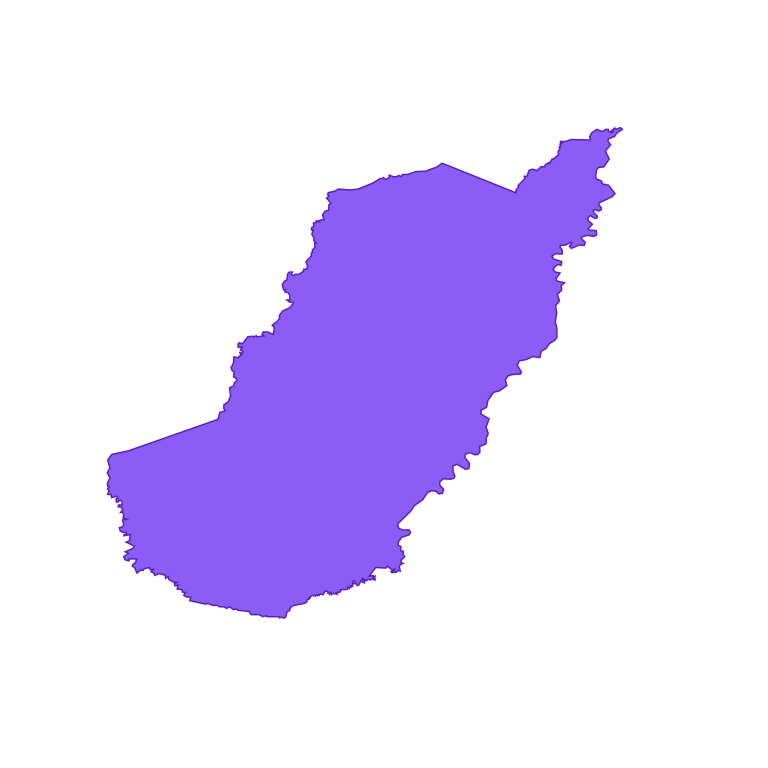 the district of Sabana De Torres, Santander, Colombia, rotated 75°
{"feature_id": "7082276B5396414457031", "entity_name": "Sabana De Torres", "entity_type": "district", "adm_level": 2, "iso_a3": "COL", "parent_name": "Colombia", "parent_adm1": "Santander", "projection": "natural_earth1", "projection_center": [-73.555, 7.427], "detail": "fine", "context": "isolated", "style": "filled", "palette": "violet", "viewbox_px": 768, "rotation_deg": 75, "n_neighbors": 0, "source": "geoboundaries", "source_scale": "gbopen_adm2", "svg_char_len": 6160}
<svg xmlns="http://www.w3.org/2000/svg" viewBox="0 0 768 768"><g transform="rotate(75 384 384)"><path d="M398.2,674.3L403.6,673.0L408.6,677.0L411.3,677.4L412.0,676.1L414.0,678.3L415.8,677.0L419.0,679.5L420.4,676.1L423.3,676.5L423.2,671.5L425.2,670.5L425.9,672.7L428.8,672.9L429.3,671.3L427.6,669.7L429.3,667.6L433.2,668.1L432.1,671.3L433.7,672.6L435.1,669.8L437.5,668.6L439.9,671.7L440.3,669.6L443.8,669.5L445.9,670.8L447.8,667.7L447.7,671.7L451.9,671.7L454.1,673.2L454.4,676.9L457.8,676.8L459.8,674.6L460.6,671.2L462.1,671.5L462.3,674.2L463.3,674.4L463.7,668.1L469.5,670.3L470.0,674.0L476.0,667.1L477.7,668.7L479.1,677.3L481.5,674.6L483.4,680.2L486.7,679.7L488.8,676.0L486.9,675.6L489.0,668.2L492.6,670.6L492.9,672.9L494.8,674.4L496.6,672.4L502.6,671.5L500.8,667.4L501.8,664.9L500.3,663.4L500.6,658.1L503.0,658.0L503.2,654.7L505.2,657.6L507.2,655.1L509.5,655.1L509.0,650.2L512.1,644.7L515.1,645.3L514.3,642.2L517.0,642.5L520.6,639.1L521.9,635.4L522.5,638.0L524.1,638.3L525.2,637.5L525.0,634.7L528.5,636.9L530.6,632.0L532.8,632.7L534.0,629.9L536.2,632.1L538.4,630.2L539.9,625.8L543.0,627.7L550.4,613.4L550.5,610.7L553.6,606.6L554.6,602.3L556.4,601.0L557.8,596.4L560.0,594.1L559.1,590.9L563.1,587.8L562.9,585.2L564.7,583.9L568.7,573.3L572.3,572.2L574.5,564.3L577.4,561.3L577.5,557.5L578.6,556.9L581.7,545.5L582.9,545.4L582.7,543.4L584.3,541.0L583.6,539.2L579.0,536.7L578.3,533.7L576.1,532.5L574.5,529.6L575.3,517.3L574.3,514.8L572.3,513.8L572.4,512.0L571.2,511.9L571.5,510.5L570.3,510.6L569.7,507.4L571.2,505.4L570.1,503.7L571.3,503.1L570.4,501.8L571.4,501.2L570.3,500.0L571.8,497.2L568.5,494.3L570.4,491.8L571.3,492.3L571.3,491.0L573.1,491.2L571.9,489.1L573.8,489.2L573.0,487.4L575.0,483.7L573.4,484.2L573.8,479.8L573.1,481.3L572.8,479.4L571.5,479.2L572.9,472.8L570.9,471.6L572.6,470.5L570.2,468.7L570.6,467.8L571.6,468.8L571.4,466.8L568.7,465.9L569.2,464.3L567.4,465.5L566.3,464.3L566.9,463.2L571.7,462.1L571.6,460.4L568.4,457.5L571.1,454.3L569.0,453.5L567.1,456.2L566.3,454.9L569.5,451.6L568.5,450.2L569.7,447.8L569.1,445.9L571.1,443.5L567.3,442.5L568.4,444.3L566.2,444.0L565.7,448.0L559.1,439.5L562.3,429.7L560.8,427.9L565.9,424.1L565.4,421.6L566.9,422.4L567.0,425.7L568.2,425.2L569.1,420.7L567.9,419.1L568.9,416.6L564.4,416.6L562.9,415.2L562.2,412.0L560.5,414.0L558.3,412.6L556.2,408.8L553.5,409.7L550.7,408.7L549.1,411.1L545.3,409.7L543.5,412.1L540.4,411.1L536.6,406.6L536.2,399.0L534.3,396.7L531.4,397.5L529.9,403.7L527.3,406.9L524.4,407.4L522.2,406.2L513.9,391.4L509.3,386.1L505.8,376.6L500.1,370.0L499.3,365.3L501.3,361.4L504.4,359.5L504.6,355.8L501.2,353.6L496.3,356.3L492.9,355.5L490.9,351.3L493.2,344.2L493.1,340.8L491.1,339.3L486.9,340.0L481.0,338.7L480.5,334.2L487.5,327.3L487.6,323.9L483.0,322.0L475.8,324.9L473.0,323.9L472.4,318.8L475.7,314.9L476.4,311.7L474.6,309.0L469.1,307.7L468.4,301.6L467.0,300.2L463.1,299.5L458.9,296.2L451.9,296.5L444.8,291.5L438.5,297.8L434.6,297.4L433.0,290.9L427.2,288.3L420.5,280.5L420.4,273.9L417.3,265.7L411.3,265.7L408.4,262.4L408.0,258.3L409.7,249.3L407.6,248.3L400.3,250.4L396.6,247.4L397.2,240.7L396.0,233.0L398.8,226.7L392.9,223.5L391.8,218.5L387.8,213.8L385.9,207.6L383.6,204.8L374.2,202.5L368.5,202.6L359.7,198.7L352.8,198.1L349.2,193.0L342.3,193.4L339.3,188.0L334.9,187.5L333.0,183.4L329.2,190.5L327.0,190.7L322.3,185.3L320.1,189.7L317.4,191.0L315.0,188.8L313.7,184.8L315.1,182.3L311.8,180.7L307.3,187.7L304.0,188.7L302.6,184.9L304.5,178.2L301.1,177.2L296.7,178.5L295.8,177.3L296.8,172.7L295.4,166.4L296.5,166.0L298.9,169.2L301.4,168.1L300.3,159.2L302.0,154.7L299.2,152.9L294.8,155.8L293.3,155.0L292.9,149.7L295.7,142.8L295.0,139.9L290.8,139.4L288.4,145.7L286.9,146.7L283.6,141.4L279.2,144.3L276.0,144.2L274.8,141.1L278.7,137.3L278.7,135.1L276.9,134.6L272.8,137.1L270.4,136.9L270.5,134.4L272.4,132.0L272.2,129.5L270.1,128.5L266.4,130.2L264.7,129.0L262.0,114.8L259.8,111.6L250.1,115.7L247.4,121.1L244.1,121.5L241.0,125.7L238.5,126.0L232.3,123.4L230.3,120.4L231.2,115.5L224.9,108.2L216.4,109.9L211.5,103.2L207.4,104.8L205.2,103.7L204.6,97.3L201.9,94.2L199.7,87.8L197.6,89.3L197.9,94.2L196.4,95.0L198.0,98.0L199.4,97.1L200.2,98.9L198.4,99.1L199.5,100.4L198.4,101.6L196.2,101.3L195.4,104.3L196.6,105.7L196.1,108.8L193.1,112.4L195.1,118.2L198.6,121.6L201.0,121.0L201.6,122.1L196.3,139.6L196.7,145.9L195.4,150.6L196.7,151.3L197.4,149.6L198.3,152.0L200.3,151.8L200.1,153.2L202.8,153.5L204.7,155.9L207.6,156.1L210.7,162.3L210.1,163.3L214.0,167.0L212.8,167.4L213.7,170.9L215.9,173.1L214.7,175.8L217.4,180.9L214.9,185.1L215.2,188.6L220.3,192.1L219.7,194.9L222.0,194.7L227.1,203.2L228.5,203.0L230.6,206.2L233.4,207.2L185.8,270.7L188.1,277.0L189.2,288.7L187.1,298.1L187.7,306.8L186.5,311.7L187.9,313.8L186.3,316.1L187.2,318.0L186.3,321.1L183.7,325.0L185.9,325.6L186.9,329.6L184.4,331.1L185.2,332.2L184.5,334.2L187.1,343.1L189.0,358.9L187.9,366.1L183.9,377.6L185.0,381.8L184.7,388.3L186.5,389.4L188.2,388.5L189.6,391.3L195.7,388.5L196.4,390.7L201.6,392.4L202.0,396.6L204.7,399.5L210.0,399.6L209.2,402.0L209.5,405.2L210.3,404.8L208.9,407.3L210.3,407.1L210.3,410.5L213.6,411.0L214.4,413.7L216.6,414.0L217.0,412.4L220.5,414.9L225.7,413.7L226.9,414.7L230.2,412.9L229.8,414.5L234.0,415.4L236.3,418.7L238.3,418.7L238.6,420.1L241.7,421.3L245.7,427.8L249.9,427.3L253.0,428.6L252.4,431.8L254.3,432.7L256.1,437.8L255.1,441.1L255.9,443.8L254.1,445.2L252.2,443.5L251.4,446.6L252.8,448.6L258.3,450.9L259.0,453.9L262.1,456.7L267.2,456.4L267.2,454.8L269.4,455.9L271.3,452.8L274.1,452.1L278.2,453.1L277.8,456.1L280.4,454.1L281.6,450.6L282.5,450.9L285.8,454.9L287.2,462.9L290.7,467.3L293.2,467.7L295.7,470.6L298.3,476.8L301.1,475.3L307.4,478.1L303.7,482.8L302.4,487.2L304.5,488.9L306.4,487.7L305.6,494.5L304.2,494.9L305.2,497.6L304.0,498.0L303.1,503.3L308.5,510.3L306.6,513.1L307.7,514.7L310.6,515.3L311.7,511.4L313.8,513.8L316.3,511.8L318.0,513.1L315.6,515.3L319.3,514.4L319.6,516.7L321.1,517.9L318.9,521.9L325.0,524.1L328.5,527.4L331.5,527.3L334.0,525.6L338.2,527.5L340.2,525.4L342.8,525.3L344.2,528.3L346.8,529.6L347.8,534.2L355.9,535.3L360.8,539.0L362.6,544.0L366.0,545.1L368.7,544.2L369.0,550.0L375.2,553.6L382.4,648.2L381.6,665.3L385.9,670.5L394.1,670.5L398.2,674.3Z" fill="#8b5cf6" stroke="#5b21b6" stroke-width="1.5"/></g></svg>